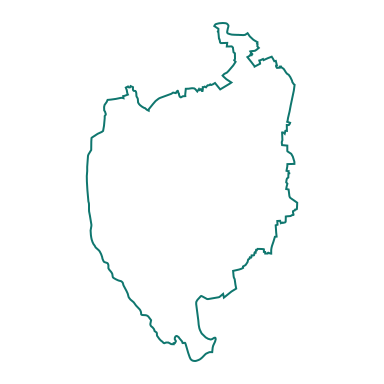 the district of Thanh Liem, Hà Nam, Vietnam
{"feature_id": "81297802B85424672096974", "entity_name": "Thanh Liem", "entity_type": "district", "adm_level": 2, "iso_a3": "VNM", "parent_name": "Vietnam", "parent_adm1": "Hà Nam", "projection": "natural_earth1", "projection_center": [105.93, 20.458], "detail": "fine", "context": "isolated", "style": "outline", "palette": "teal", "viewbox_px": 384, "rotation_deg": 0, "n_neighbors": 0, "source": "geoboundaries", "source_scale": "gbopen_adm2", "svg_char_len": 5912}
<svg xmlns="http://www.w3.org/2000/svg" viewBox="0 0 384 384"><path d="M247.6,33.2L245.2,34.8L243.5,35.1L238.9,34.9L235.0,34.8L231.8,34.6L229.7,34.1L228.0,33.5L227.5,33.1L227.2,32.6L227.2,31.5L227.8,28.6L228.4,26.5L228.4,25.4L227.4,24.1L226.6,23.5L225.5,23.2L222.8,23.0L219.0,23.3L216.2,24.0L215.4,24.4L214.6,25.4L214.3,26.1L218.4,28.8L218.4,30.9L218.1,31.0L217.8,31.5L217.9,31.8L218.4,32.3L219.0,38.8L219.5,39.2L220.1,42.4L220.4,42.8L221.0,43.1L227.2,42.9L226.8,46.5L231.7,46.4L232.9,47.5L233.5,52.1L233.7,52.4L234.9,53.3L235.0,59.0L234.2,60.2L235.6,61.8L233.2,65.5L228.5,71.0L226.9,72.6L224.3,73.9L222.6,75.6L223.5,76.6L226.5,79.3L231.4,82.5L230.0,83.5L220.2,89.4L215.0,83.0L213.1,84.2L211.2,85.0L210.9,85.0L210.2,84.4L208.9,85.3L207.6,85.3L206.0,87.3L204.7,86.6L203.8,87.1L202.8,87.1L202.8,89.5L202.5,91.0L201.9,91.0L201.6,90.6L201.1,89.2L200.9,89.1L199.6,90.0L199.0,89.0L197.3,91.5L195.7,89.6L194.9,88.8L194.2,88.4L192.1,88.2L188.6,88.7L185.8,88.8L185.2,94.7L185.3,96.1L182.7,96.3L181.3,97.2L180.6,97.3L179.7,96.6L179.0,94.6L179.0,93.7L178.8,93.3L178.3,92.9L178.0,91.1L177.7,90.8L177.4,90.9L176.7,91.6L175.8,93.1L173.1,92.6L171.3,93.8L160.1,97.9L158.7,98.6L155.6,101.0L153.0,104.0L148.8,109.2L148.7,110.7L146.9,109.8L144.8,108.0L144.1,107.9L142.2,106.8L140.1,105.2L139.0,104.0L138.1,102.5L137.8,98.9L137.4,97.9L136.6,96.6L136.4,95.6L136.3,93.3L136.0,91.9L135.4,91.0L133.7,90.8L133.3,90.4L133.0,89.9L132.9,89.0L133.0,87.2L130.6,86.1L130.2,87.1L129.9,87.4L128.9,87.4L128.5,87.2L128.0,86.5L125.8,87.6L126.7,89.9L127.4,93.6L127.9,94.6L124.4,95.9L123.2,96.1L123.5,98.2L122.1,97.8L120.7,97.9L115.9,98.9L110.9,99.6L107.6,99.9L106.6,102.1L104.6,104.9L104.1,107.0L104.2,110.4L105.0,111.6L105.8,114.1L105.7,114.7L104.7,116.1L104.7,118.3L104.0,125.8L103.1,130.9L101.8,131.9L97.7,133.8L91.7,137.7L91.5,138.2L91.3,141.6L91.2,150.0L88.5,154.4L88.0,155.8L87.2,166.8L87.2,171.0L86.8,176.1L86.9,181.6L87.4,190.1L88.4,201.4L88.9,203.3L89.0,204.9L89.0,209.6L89.1,211.5L89.9,215.6L91.4,224.7L91.4,225.8L90.6,230.5L90.9,235.1L91.3,237.8L91.7,239.6L92.5,242.0L93.5,244.1L94.7,245.7L95.6,247.4L98.8,250.3L99.7,251.4L101.1,254.1L102.1,256.9L102.5,258.8L103.5,261.1L104.0,261.8L104.5,262.1L107.2,263.0L107.8,263.5L108.4,265.1L108.4,268.2L109.1,269.5L111.1,271.9L111.9,273.1L112.3,274.0L112.7,276.6L112.9,277.3L113.5,277.9L114.3,278.4L116.3,279.5L118.5,280.5L121.1,281.2L121.8,281.7L122.5,282.4L122.8,282.9L123.5,285.4L126.4,290.8L127.7,293.6L128.6,297.0L129.0,297.7L130.4,299.5L133.7,302.3L136.0,305.5L139.5,309.2L140.3,310.3L141.0,312.1L141.2,314.3L141.5,314.7L142.2,315.0L145.7,315.2L146.8,315.5L147.7,316.0L148.4,316.6L151.1,320.2L150.3,324.1L150.6,325.4L151.2,326.3L152.6,327.4L153.8,328.9L154.1,329.4L154.6,331.1L156.6,332.5L156.9,333.5L156.9,334.7L157.1,335.8L159.3,338.9L160.9,340.6L162.4,341.7L163.3,342.7L163.9,343.1L164.3,343.2L166.2,342.5L168.3,342.5L171.2,344.1L172.5,344.2L173.7,344.2L173.6,343.2L174.1,343.0L174.9,343.1L175.5,342.1L175.9,341.1L174.8,339.3L174.8,338.0L175.4,336.6L176.3,336.0L177.3,336.2L178.8,337.3L179.3,338.2L182.2,341.6L182.4,342.8L182.8,343.1L184.9,342.8L185.2,343.0L185.7,344.3L188.2,352.9L189.7,357.2L190.5,358.9L191.0,359.5L191.7,360.1L192.6,360.6L193.8,360.9L195.2,361.0L196.3,360.8L198.6,360.0L200.3,359.1L202.2,357.5L205.3,354.3L206.2,353.6L208.8,352.4L209.8,352.1L212.2,352.1L212.7,347.5L213.2,345.6L215.1,341.5L215.7,339.2L215.5,338.1L215.3,337.8L214.9,337.7L214.0,337.9L212.3,339.0L211.5,339.3L210.7,339.5L208.1,338.8L205.7,337.4L201.7,333.5L201.2,332.6L199.9,329.9L199.3,328.1L198.7,324.8L198.3,320.4L196.2,304.2L196.2,302.6L196.4,301.6L197.5,299.8L200.8,296.2L201.2,296.0L202.3,296.4L207.0,299.0L208.0,299.1L218.4,297.3L219.4,297.0L223.1,293.9L223.9,297.6L231.5,291.5L236.2,288.6L235.4,284.4L234.7,279.4L234.4,278.5L233.9,277.7L233.6,276.1L233.1,270.9L239.2,269.5L241.3,268.8L243.1,267.9L243.0,266.5L245.5,265.1L246.7,263.4L247.5,262.2L248.2,259.5L249.4,258.8L249.8,257.4L250.7,257.7L251.0,257.7L251.3,257.4L251.6,255.4L253.7,255.4L254.0,255.2L254.2,254.6L254.5,252.8L254.7,252.4L255.6,252.7L256.1,250.0L256.8,250.2L257.5,248.9L261.9,249.0L263.7,249.2L263.9,249.3L263.9,251.9L265.1,252.0L265.2,253.5L267.7,253.5L268.0,252.8L268.4,252.7L270.2,253.5L271.2,253.6L271.2,249.9L271.5,247.9L272.0,245.9L273.5,241.5L274.9,236.8L276.6,236.6L276.2,232.7L275.7,225.3L277.5,224.7L277.3,221.0L280.1,220.8L280.9,223.2L282.1,222.7L282.6,222.6L282.8,222.9L283.9,222.7L285.2,222.3L285.6,221.8L285.7,221.2L285.8,216.5L287.1,216.3L290.0,216.1L290.6,216.0L292.1,215.1L293.2,215.0L293.5,214.8L293.5,214.5L293.0,212.5L293.0,211.3L293.2,211.0L294.8,210.4L295.1,209.6L296.6,209.3L296.9,209.0L297.1,205.5L297.2,202.7L290.6,198.1L289.9,197.4L289.4,196.1L288.6,189.5L286.2,189.0L286.7,186.3L287.4,183.7L286.2,182.3L286.6,179.7L287.0,178.5L288.3,177.5L288.4,173.8L289.3,173.4L289.3,173.1L288.6,172.5L288.5,172.2L288.6,171.1L287.5,171.1L286.5,170.8L287.3,166.5L287.4,164.1L294.4,163.9L294.4,162.3L294.3,161.5L292.8,156.6L291.5,154.3L291.2,153.8L287.5,151.4L287.3,150.9L287.3,145.6L282.1,145.1L281.8,142.9L281.8,142.0L282.4,140.2L282.1,132.5L282.6,132.4L283.4,132.6L284.0,133.0L284.7,133.7L285.4,130.8L285.7,130.7L286.9,130.9L286.8,125.0L288.4,125.1L289.1,124.8L289.8,123.7L290.1,122.8L287.2,121.8L287.6,120.7L288.0,118.1L289.6,111.3L290.7,105.4L293.8,90.7L294.6,84.8L293.8,84.2L292.4,82.2L292.0,80.6L290.3,77.1L288.7,74.8L287.1,73.8L286.0,72.5L284.5,70.1L283.6,68.8L281.5,67.4L281.0,66.5L279.8,66.6L279.8,67.7L277.0,67.9L276.5,67.2L276.1,66.5L276.1,65.6L276.9,65.4L275.8,60.9L274.3,61.2L273.0,58.8L271.7,56.7L268.0,58.1L263.6,60.1L263.0,59.0L260.7,60.1L259.3,60.5L260.0,62.7L260.1,63.7L254.6,66.6L254.5,66.2L251.3,62.0L247.4,57.1L250.8,55.1L250.4,54.4L250.9,53.8L251.8,54.9L252.3,54.1L251.0,52.5L250.3,51.4L251.0,51.2L254.1,50.9L255.1,50.7L256.6,49.7L258.8,47.9L258.0,47.1L257.3,46.2L257.6,44.1L257.0,43.7L257.5,42.2L255.2,40.9L253.3,39.7L249.8,36.4L247.6,33.2Z" fill="none" stroke="#0f766e" stroke-width="2"/></svg>